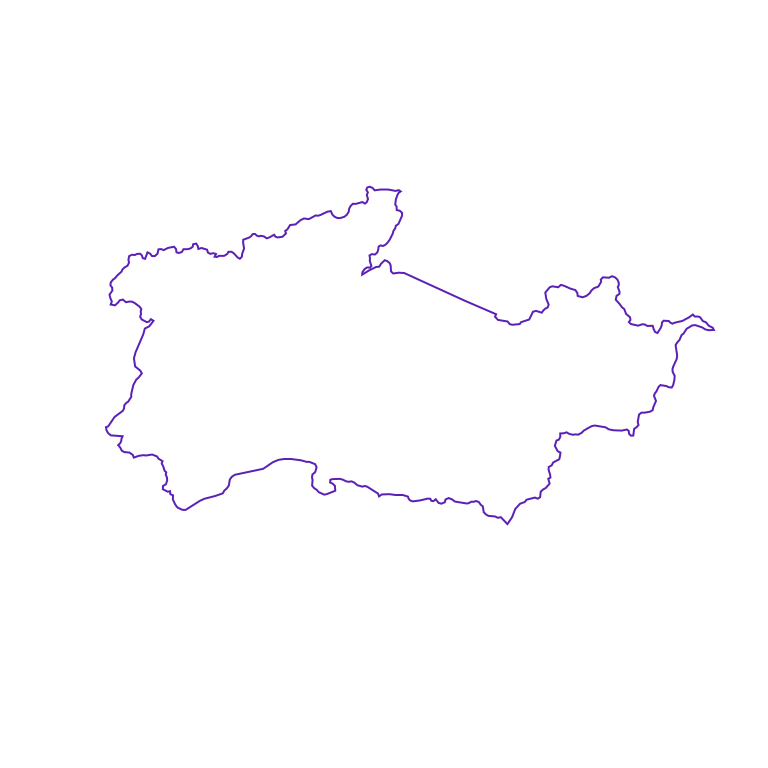 the district of Governador Valadares, Minas Gerais, Brazil, rotated 20°
{"feature_id": "56859067B87611191748041", "entity_name": "Governador Valadares", "entity_type": "district", "adm_level": 2, "iso_a3": "BRA", "parent_name": "Brazil", "parent_adm1": "Minas Gerais", "projection": "orthographic", "projection_center": [-41.948, -18.795], "detail": "fine", "context": "isolated", "style": "outline", "palette": "violet", "viewbox_px": 768, "rotation_deg": 20, "n_neighbors": 0, "source": "geoboundaries", "source_scale": "gbopen_adm2", "svg_char_len": 6154}
<svg xmlns="http://www.w3.org/2000/svg" viewBox="0 0 768 768"><g transform="rotate(20 384 384)"><path d="M184.8,532.6L190.2,529.6L195.5,529.7L197.6,531.3L202.3,532.3L202.3,534.7L204.8,537.0L207.4,540.5L209.6,541.5L209.9,543.9L211.9,545.9L213.2,548.6L213.4,552.6L211.2,555.5L212.2,558.5L217.6,559.2L219.6,557.9L220.9,560.6L223.9,560.8L225.0,564.6L229.1,568.7L232.2,570.7L237.6,571.2L240.6,570.2L251.0,556.7L254.3,553.4L263.5,547.1L269.9,541.9L270.4,538.8L272.0,535.9L272.9,532.6L271.8,526.5L272.7,523.3L274.9,520.3L299.5,505.0L306.3,495.5L310.9,491.3L316.1,488.5L322.6,486.2L332.1,484.1L338.0,483.6L340.6,482.7L346.7,482.9L349.1,485.2L349.5,490.3L347.7,493.5L348.3,496.4L349.7,498.6L351.2,504.1L353.9,505.7L356.8,506.4L359.8,508.0L365.7,508.4L368.1,506.9L374.7,501.0L372.7,496.5L369.9,495.2L367.1,495.0L366.3,492.4L368.1,491.0L375.1,488.2L378.5,488.0L381.5,488.4L384.2,488.0L386.8,486.6L389.9,486.8L393.5,488.2L398.6,487.9L400.7,486.5L403.2,486.2L415.8,489.0L417.8,491.3L419.6,488.6L426.7,485.7L432.6,484.4L439.6,481.9L445.0,481.6L446.5,483.5L448.4,484.5L451.3,484.4L457.7,481.1L464.0,476.9L466.7,476.0L468.5,477.6L470.5,477.2L472.0,474.6L476.0,477.1L478.9,476.8L481.6,474.3L481.3,471.5L483.7,469.1L487.2,469.1L490.9,470.2L502.6,468.0L504.5,466.9L506.2,464.8L508.6,464.0L510.4,462.5L513.5,462.5L516.1,464.3L518.8,465.3L521.5,470.3L524.4,471.7L527.2,472.2L533.6,470.5L536.7,470.8L539.3,469.2L547.9,473.4L549.9,465.3L550.1,456.5L552.8,450.0L556.7,446.7L557.5,444.0L564.7,439.1L567.7,439.2L569.4,437.0L568.1,431.5L569.5,428.8L571.5,426.5L573.7,421.0L570.8,416.9L572.4,415.0L571.1,412.4L567.9,408.1L567.2,405.6L569.4,403.1L569.8,399.9L574.4,394.8L574.1,392.0L573.3,388.1L570.1,387.7L565.7,383.7L565.4,378.2L567.4,376.4L567.7,373.3L566.5,370.2L569.6,368.9L572.1,367.0L575.1,367.5L578.9,367.1L581.0,365.9L583.8,365.2L586.4,362.3L587.7,359.4L592.3,354.0L593.9,352.3L596.4,350.9L607.1,348.9L610.5,349.7L615.1,349.1L623.3,346.5L627.8,343.7L630.1,344.4L631.3,347.0L633.7,348.1L635.9,347.2L634.4,340.6L636.1,338.3L637.2,335.5L635.4,332.9L634.1,325.5L635.7,322.9L638.9,321.7L643.6,318.9L645.4,316.7L645.0,313.6L645.4,306.9L641.7,302.7L641.7,300.2L642.5,297.9L643.0,292.8L644.1,290.5L650.2,289.3L652.5,289.7L655.6,288.9L656.1,286.0L655.4,280.5L654.4,277.0L651.1,273.9L650.0,271.3L649.8,269.1L650.5,260.2L649.7,256.9L644.7,247.7L645.4,244.4L646.6,241.7L646.9,236.2L648.2,234.2L649.5,228.6L653.6,223.5L656.4,222.2L663.8,222.0L667.0,222.8L670.4,222.5L675.5,220.4L673.7,218.7L669.4,218.2L665.4,215.9L662.1,215.8L658.1,213.1L655.9,213.2L653.0,214.3L650.5,213.1L647.7,217.2L642.8,222.7L636.6,226.7L634.3,228.7L632.0,228.4L630.1,227.4L625.1,228.9L624.2,231.1L624.9,233.9L624.8,236.9L623.5,242.6L621.0,242.4L618.8,240.4L616.6,237.4L611.5,239.4L608.8,238.9L606.5,239.4L602.7,242.3L595.5,243.2L592.9,242.0L593.7,239.5L592.3,237.1L587.6,235.4L584.1,231.4L581.3,230.5L578.2,228.3L572.9,225.5L572.4,221.6L574.4,218.9L573.7,216.6L570.5,212.9L570.8,210.7L570.0,208.6L567.7,206.1L564.8,204.8L561.4,204.7L559.1,207.2L553.2,208.9L552.0,211.8L553.1,213.7L552.1,219.1L548.6,222.1L547.0,225.0L546.2,228.4L544.1,231.9L541.0,234.6L535.9,235.0L534.5,232.3L531.7,230.3L526.4,230.6L519.1,230.1L516.3,230.4L514.6,233.5L508.9,234.6L506.7,236.3L504.3,242.9L507.3,248.4L511.6,253.1L511.6,256.1L509.8,258.0L508.5,260.5L507.9,263.0L501.9,263.3L499.3,265.1L498.4,273.7L491.7,279.0L491.0,281.3L484.2,284.5L481.6,284.7L478.7,283.0L469.2,284.8L465.3,282.8L465.5,280.1L431.3,278.1L365.0,272.8L359.7,274.4L354.9,277.0L352.1,275.8L349.7,270.3L347.9,268.4L344.9,267.4L342.3,267.5L340.0,272.2L339.4,275.4L336.6,276.7L331.5,281.9L326.1,288.7L325.5,286.3L326.5,282.6L328.2,280.3L331.0,279.4L331.8,277.4L328.6,273.3L327.8,270.6L326.4,268.1L328.2,266.1L331.1,265.5L332.7,262.8L332.6,259.4L331.9,256.7L333.4,254.9L335.8,254.7L337.6,252.8L339.0,250.0L340.0,246.4L340.8,239.8L340.5,236.9L341.3,234.1L341.0,231.2L342.8,228.7L343.4,219.9L342.5,217.0L339.6,215.8L336.5,216.2L335.1,212.9L333.2,211.6L332.0,206.4L332.0,201.6L332.4,199.3L333.8,197.3L331.5,196.8L328.9,198.6L321.5,199.8L314.3,202.4L309.0,205.2L306.0,203.6L303.2,203.5L301.1,205.0L300.9,207.5L303.3,209.4L303.2,212.3L305.7,215.6L305.6,219.1L304.4,221.0L301.5,220.4L295.9,224.4L293.1,225.3L291.8,228.0L291.3,231.0L291.9,234.3L291.2,237.6L289.6,240.4L285.9,243.2L283.2,244.0L280.2,243.7L277.5,242.4L274.9,239.7L271.8,241.5L266.4,247.0L264.5,248.4L262.0,249.1L257.0,254.8L252.2,255.8L249.5,258.6L246.3,264.3L241.4,266.7L240.3,271.9L238.8,273.9L240.4,276.1L238.2,280.4L233.8,282.7L231.5,282.7L229.8,281.3L225.9,285.7L224.0,287.2L220.7,286.4L217.8,286.8L216.0,288.0L213.8,288.1L211.4,287.1L209.3,288.1L208.6,290.5L207.2,292.5L202.4,296.6L203.2,299.2L206.2,304.6L206.2,310.4L206.9,313.1L205.7,315.6L203.3,315.2L198.2,312.6L195.6,311.9L192.6,313.0L192.2,315.5L189.9,318.3L185.1,320.0L183.6,321.8L181.3,322.3L181.7,319.3L179.1,319.4L176.2,321.1L173.6,320.7L171.8,318.3L166.0,318.6L163.4,320.6L161.9,318.2L159.5,316.3L156.9,317.9L157.3,320.4L155.8,322.8L153.5,324.4L149.5,325.9L148.9,329.0L146.6,331.0L144.0,331.3L142.4,328.3L139.8,326.8L134.5,330.0L131.1,333.6L128.6,333.4L126.0,334.6L126.6,339.0L124.9,342.2L122.2,343.1L119.7,341.5L116.7,341.2L116.7,348.1L114.3,348.2L112.4,345.9L110.3,345.0L107.3,346.3L105.8,348.0L103.0,348.7L100.8,351.0L101.3,354.5L102.9,357.3L102.5,360.6L100.4,363.1L99.1,365.7L98.9,368.2L96.3,373.1L95.1,376.4L93.5,378.9L92.5,382.1L93.2,384.9L95.6,386.4L96.8,389.1L95.5,393.9L97.4,396.8L100.0,399.5L100.0,402.8L104.3,402.1L106.1,398.7L107.1,395.7L109.8,394.0L113.5,395.4L116.7,393.5L119.3,392.8L122.1,393.2L128.0,395.0L130.3,396.5L130.6,399.0L131.7,401.3L131.9,404.3L134.2,406.2L139.9,407.0L141.8,405.8L142.8,402.8L145.8,403.5L143.7,410.0L140.3,413.7L140.8,419.7L139.7,439.2L140.2,445.3L144.1,452.6L150.4,454.8L152.8,456.8L151.2,461.9L149.7,464.6L148.8,470.5L149.9,479.9L150.9,482.6L149.6,488.2L148.3,489.9L147.2,492.9L148.1,495.9L147.7,498.6L142.1,507.1L139.3,518.2L137.5,519.7L139.1,522.4L141.5,524.5L144.9,525.7L156.2,522.5L156.0,524.9L156.6,527.5L156.3,530.1L155.1,532.4L157.8,533.9L160.4,536.3L163.2,536.8L168.3,535.5L172.1,536.5L174.1,538.7L178.1,535.4L182.4,533.1L184.8,532.6Z" fill="none" stroke="#5b21b6" stroke-width="2"/></g></svg>